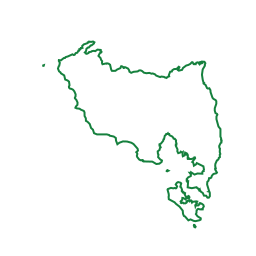 outline of Kupang, Nusa Tenggara Timur, Indonesia, rotated 283°
{"feature_id": "22746128B27765258797580", "entity_name": "Kupang", "entity_type": "district", "adm_level": 2, "iso_a3": "IDN", "parent_name": "Indonesia", "parent_adm1": "Nusa Tenggara Timur", "projection": "orthographic", "projection_center": [123.766, -9.812], "detail": "fine", "context": "isolated", "style": "outline", "palette": "green", "viewbox_px": 256, "rotation_deg": 283, "n_neighbors": 0, "source": "geoboundaries", "source_scale": "gbopen_adm2", "svg_char_len": 5894}
<svg xmlns="http://www.w3.org/2000/svg" viewBox="0 0 256 256"><g transform="rotate(283 128 128)"><path d="M90.4,197.0L89.9,198.3L89.5,198.0L89.5,198.4L88.7,198.3L88.7,198.7L83.6,199.5L83.7,203.7L85.7,208.1L85.2,208.5L85.0,209.6L83.9,210.7L84.6,211.5L83.1,211.9L83.4,212.4L82.4,213.2L81.5,215.5L79.2,217.2L79.6,219.4L78.0,221.1L78.3,222.4L80.0,223.1L83.2,222.3L84.3,221.6L84.3,221.0L84.6,221.3L90.7,217.8L93.4,217.4L94.8,218.3L97.4,218.3L97.6,219.4L98.4,220.3L100.0,220.4L101.7,221.1L102.6,221.9L103.8,224.3L104.6,224.7L107.1,222.3L108.1,222.0L108.4,222.6L110.6,221.5L112.6,221.2L116.4,221.9L116.7,222.5L118.4,223.3L119.3,223.2L120.3,224.1L122.7,223.4L123.5,223.8L125.2,222.8L128.7,222.2L129.2,221.5L130.9,220.9L134.1,221.6L134.8,222.3L135.9,221.9L136.5,222.2L137.3,221.8L137.4,221.3L138.8,221.1L140.4,220.0L147.8,218.3L149.8,215.8L156.5,212.2L159.2,211.6L161.1,212.1L161.8,211.5L162.2,209.9L164.5,208.6L166.8,208.1L171.5,208.6L174.0,208.0L174.9,207.1L175.6,204.7L176.5,203.5L181.5,200.4L183.4,199.8L185.0,198.3L184.4,197.0L184.7,196.0L187.4,193.9L188.3,191.7L189.1,191.9L189.2,191.4L191.7,190.0L196.5,188.1L201.9,187.6L206.0,188.9L206.6,188.6L208.5,188.8L209.7,187.6L209.4,185.5L208.1,185.9L207.5,185.1L207.5,184.5L208.8,184.2L208.3,183.2L207.6,183.1L206.7,183.8L206.1,183.5L207.7,181.3L207.0,179.9L205.4,179.6L205.5,178.5L205.0,178.1L205.0,177.6L206.6,176.1L206.4,175.4L204.5,174.3L203.0,172.6L202.0,170.7L198.9,168.1L196.8,167.6L195.3,164.6L195.7,163.6L198.8,164.4L199.1,163.7L196.5,162.1L195.8,159.7L194.3,158.2L192.9,158.0L192.3,156.4L188.7,155.9L187.6,156.5L187.1,155.6L185.5,154.3L185.8,153.7L185.4,153.0L185.9,151.6L185.6,148.8L184.9,148.0L184.9,147.3L185.4,143.7L186.4,142.1L186.7,139.8L186.2,138.7L186.5,136.5L185.5,133.5L185.5,131.0L186.6,129.1L187.0,127.4L186.6,125.9L185.3,124.7L184.0,120.8L182.5,118.7L183.2,116.7L184.4,116.2L185.9,114.7L186.6,111.7L186.4,110.8L185.7,110.7L185.5,110.2L186.4,109.3L186.8,108.0L186.6,107.4L184.6,107.1L182.6,104.3L180.9,102.9L180.2,100.2L180.1,99.4L181.3,98.4L185.6,96.3L186.3,94.7L186.3,92.9L185.8,92.5L185.8,91.7L184.4,88.8L185.5,88.0L187.3,87.8L188.3,86.5L190.0,85.5L191.6,83.0L194.6,83.7L195.2,84.6L196.2,85.1L196.9,84.5L197.0,83.7L197.9,83.7L197.5,80.6L195.5,78.8L195.5,77.4L194.8,75.6L194.1,75.1L193.1,72.9L192.2,72.7L191.0,71.1L191.1,70.1L191.7,69.9L191.9,69.0L193.6,69.8L195.9,69.7L197.5,71.0L197.6,71.7L200.1,73.1L200.3,73.9L202.7,75.8L203.6,75.5L204.0,75.8L204.4,74.5L203.6,72.7L203.4,70.6L202.7,70.5L202.4,69.5L201.6,69.5L199.5,66.1L197.6,64.9L195.8,65.6L195.4,64.2L194.9,64.4L194.0,63.1L193.7,63.5L192.3,62.9L192.3,62.3L190.0,61.7L189.2,60.2L187.3,59.5L186.9,58.6L187.3,57.3L184.2,53.3L183.0,51.2L182.0,50.8L181.7,49.7L178.8,47.4L178.6,45.4L177.8,45.5L176.2,46.9L173.2,47.0L172.5,46.6L170.1,46.4L167.7,48.1L167.0,49.7L166.2,50.3L164.9,54.0L161.1,55.9L160.7,58.5L159.9,60.1L156.5,61.4L155.1,61.1L154.0,61.5L153.3,62.7L153.4,64.1L152.9,65.9L151.6,67.5L149.0,69.4L146.8,69.8L145.8,69.4L145.0,69.6L143.7,71.4L141.5,73.1L139.2,73.5L137.2,72.4L135.9,72.2L135.6,73.6L135.9,76.5L135.3,77.8L134.7,81.1L133.5,82.1L129.9,83.0L128.0,84.7L125.5,85.4L125.0,87.1L123.3,89.8L119.7,92.0L118.5,94.2L115.3,96.1L114.8,99.2L117.0,108.8L116.9,111.3L116.4,111.8L116.5,116.0L115.5,118.4L113.1,119.1L109.8,121.3L111.7,122.9L113.8,126.1L114.6,130.1L114.4,134.6L113.6,137.0L110.0,142.0L108.2,142.8L106.3,141.5L105.3,142.8L105.6,143.3L105.0,142.9L102.8,142.9L101.7,143.6L99.8,146.0L99.4,147.5L100.1,149.5L99.6,150.3L99.0,150.1L98.9,150.6L100.7,159.3L99.3,163.7L100.3,166.6L102.5,168.4L104.0,168.4L104.6,166.5L106.4,163.9L109.1,163.6L109.5,163.0L111.9,162.2L113.8,163.7L115.8,163.6L116.4,164.2L117.8,163.3L117.8,162.7L119.2,162.3L120.2,163.6L123.5,165.2L124.9,165.1L125.3,165.6L128.8,165.6L129.7,166.4L130.8,166.6L131.0,167.7L131.8,168.1L131.2,168.6L131.4,169.5L130.3,170.0L129.7,172.9L128.6,174.5L128.0,174.7L127.7,175.9L127.9,176.2L126.8,177.6L125.4,177.8L123.7,178.8L122.7,178.9L122.6,178.3L121.5,178.5L118.4,181.0L116.4,181.3L114.8,182.6L116.0,184.6L116.8,184.8L116.2,186.3L116.8,186.8L114.1,187.2L112.8,187.8L114.1,189.4L116.9,189.2L116.5,191.0L115.8,191.8L115.2,191.2L114.6,192.5L113.3,192.7L112.6,193.6L112.0,192.9L111.3,193.2L112.0,196.7L113.4,198.9L114.3,199.2L114.4,199.8L113.7,200.2L109.4,198.3L109.3,198.9L108.3,199.7L106.1,200.7L107.8,202.4L109.3,202.9L107.6,210.1L104.5,211.4L103.7,211.1L103.0,211.4L102.7,210.7L101.7,210.3L100.2,210.7L99.3,205.9L97.6,203.3L99.0,199.5L98.4,199.6L98.2,198.2L96.8,199.8L95.3,200.0L93.4,197.7L91.4,196.7L90.9,197.2L90.4,197.0ZM77.4,180.5L76.8,180.4L72.9,182.5L70.9,183.1L70.1,183.0L67.8,183.8L66.1,190.1L64.9,191.8L63.0,195.9L59.8,199.9L56.8,200.9L54.9,202.2L54.6,203.5L51.6,207.6L53.0,209.5L52.3,212.8L52.4,214.7L54.3,218.6L55.1,219.4L56.4,219.2L57.6,215.6L59.4,213.5L60.8,213.8L62.8,213.4L64.5,214.0L65.0,214.6L64.9,216.7L65.4,217.7L65.2,218.1L65.5,219.1L66.5,218.9L68.7,219.5L70.0,218.7L70.8,216.9L71.1,215.0L70.6,214.6L70.1,215.0L68.4,213.9L67.7,211.4L67.0,211.3L67.9,210.9L70.1,212.0L70.5,211.4L71.9,211.9L71.9,211.0L70.6,207.6L69.7,207.1L70.2,206.7L70.7,207.4L71.7,205.6L71.4,205.0L70.5,204.4L71.2,203.9L70.8,203.8L71.1,203.4L70.5,202.4L69.5,202.2L69.4,201.6L68.3,201.7L67.4,200.7L67.3,199.4L66.8,199.8L67.7,198.1L66.8,196.9L66.9,196.6L67.4,196.9L68.3,195.8L70.2,197.0L72.1,196.7L72.2,197.7L71.4,200.3L73.3,200.5L76.4,197.9L76.8,198.3L77.4,198.3L77.8,196.9L77.4,196.1L78.2,195.1L78.6,195.3L78.9,194.5L80.1,194.5L82.3,192.9L82.5,192.2L86.0,192.3L86.5,191.5L86.6,189.0L85.6,187.9L83.7,187.2L82.1,189.0L80.2,188.6L79.9,188.0L80.1,187.1L79.4,185.7L79.3,183.3L77.4,180.5ZM74.1,200.9L73.1,201.9L73.4,203.3L74.1,203.5L74.9,203.1L75.4,202.3L74.1,200.9ZM49.2,214.1L47.7,214.1L46.4,215.0L46.3,215.8L47.0,216.1L48.0,215.1L47.8,214.8L49.2,214.1ZM95.2,175.4L94.7,175.4L94.6,175.9L95.5,177.0L95.8,175.9L95.2,175.4ZM170.3,31.9L169.9,31.3L169.5,31.5L169.7,31.9L170.3,31.9Z" fill="none" stroke="#15803d" stroke-width="2"/></g></svg>